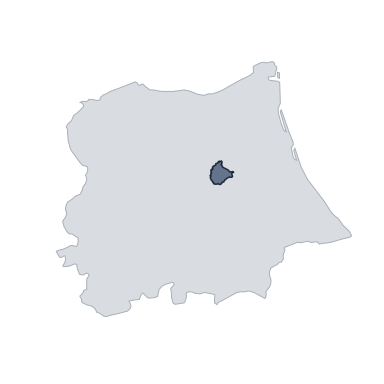 District Autonome De Yamoussoukro, Lacs, Ivory Coast shown in context, rotated 257°
{"feature_id": "98640826B30232425959699", "entity_name": "District Autonome De Yamoussoukro", "entity_type": "district", "adm_level": 2, "iso_a3": "CIV", "parent_name": "Ivory Coast", "parent_adm1": "Lacs", "projection": "natural_earth1", "projection_center": [-5.252, 6.815], "detail": "fine", "context": "in_parent", "style": "filled", "palette": "slate", "viewbox_px": 384, "rotation_deg": 257, "n_neighbors": 0, "source": "geoboundaries", "source_scale": "gbopen_adm2", "svg_char_len": 7429}
<svg xmlns="http://www.w3.org/2000/svg" viewBox="0 0 384 384"><g transform="rotate(257 192 192)"><path d="M96.4,72.0L97.5,72.0L100.6,71.0L103.3,68.6L105.9,63.8L109.3,59.9L113.2,60.2L114.4,59.5L115.8,59.3L117.4,61.9L119.0,63.8L120.2,63.9L121.0,67.6L128.1,69.1L131.2,70.1L133.7,72.8L134.6,72.9L135.7,72.3L136.5,71.4L136.7,70.4L135.6,67.9L136.1,65.7L137.3,63.8L139.1,63.7L141.8,63.1L145.0,63.1L147.4,63.5L148.3,61.5L147.4,56.0L147.7,53.0L148.0,50.5L148.9,49.4L152.4,52.6L155.6,53.8L158.0,53.9L158.6,53.3L157.6,49.8L157.9,48.7L158.7,48.1L160.2,47.8L164.4,46.3L164.8,46.6L165.5,52.1L165.2,53.9L166.0,57.7L167.1,61.1L167.0,62.5L166.2,64.7L165.1,66.7L165.2,67.5L166.9,68.8L170.0,70.2L173.2,70.5L175.0,68.5L176.9,66.9L178.2,65.4L178.7,63.2L180.7,61.6L186.6,59.6L192.0,59.3L193.3,60.0L195.8,63.0L198.9,65.1L203.6,64.8L207.0,66.1L210.0,68.4L212.0,73.6L214.1,77.3L215.1,82.6L218.5,85.4L221.2,86.7L224.8,90.6L228.6,92.5L232.5,92.1L234.3,94.1L237.2,95.5L240.2,95.7L242.7,91.2L246.1,89.4L254.6,85.9L258.0,84.3L261.4,83.2L269.7,82.9L277.3,84.0L281.1,84.8L283.7,84.2L286.2,86.3L288.8,90.8L290.9,92.2L293.0,93.7L294.6,97.3L296.4,100.7L297.5,102.3L299.8,105.7L301.7,105.8L303.7,104.3L304.5,103.2L304.9,105.4L304.1,109.1L304.3,111.4L305.4,112.3L304.8,115.2L302.5,120.2L302.5,123.1L304.8,124.0L306.4,127.2L307.4,132.5L308.3,134.3L308.4,135.4L310.1,148.4L312.1,161.4L310.8,163.1L309.1,163.6L307.9,164.2L307.6,165.4L308.4,167.2L307.9,168.8L305.7,169.9L300.9,174.0L300.6,175.7L299.4,179.2L298.3,181.3L296.8,185.3L294.3,195.8L293.4,204.6L293.3,207.3L292.3,209.1L291.2,211.8L286.1,219.3L283.4,225.4L283.8,228.1L283.9,230.8L283.1,232.7L283.3,237.9L283.9,242.2L284.9,246.4L288.6,258.4L290.6,265.7L291.8,271.6L292.9,275.5L293.9,277.1L294.3,278.7L299.8,279.7L300.9,280.6L302.5,288.3L302.2,291.7L301.1,293.0L301.1,296.0L300.9,299.6L300.1,301.0L297.0,301.2L294.9,302.6L292.1,302.1L291.8,301.2L290.3,300.8L286.2,298.8L286.8,292.1L284.9,291.8L283.4,292.7L280.5,300.7L279.1,302.1L258.5,298.0L254.0,294.6L248.6,293.9L239.3,294.3L231.6,295.2L229.4,297.3L248.8,296.1L250.9,296.3L251.9,297.5L227.3,300.2L217.9,301.7L215.1,301.3L213.0,298.7L202.8,298.4L200.7,299.3L199.4,301.1L203.5,300.7L209.8,300.6L211.5,302.1L191.7,303.9L177.9,307.5L172.1,310.2L152.9,318.9L141.1,323.0L138.1,324.6L132.7,328.8L125.9,331.5L118.2,336.5L113.5,337.7L112.5,336.1L112.4,327.6L111.7,316.2L112.0,311.8L112.6,307.7L112.6,304.3L114.9,303.1L115.6,301.6L115.9,297.2L118.1,293.2L118.1,286.2L118.8,284.7L119.3,282.9L118.4,278.3L117.2,269.6L116.6,269.0L116.0,269.4L114.8,269.6L110.0,266.6L106.3,266.0L103.7,263.5L103.5,260.6L102.2,258.8L101.4,255.5L100.1,251.6L96.4,249.3L93.0,248.7L90.5,249.2L87.6,249.0L84.4,247.8L82.1,246.3L79.9,243.5L78.0,241.2L76.4,241.5L74.4,240.9L72.5,239.9L71.9,239.1L79.9,230.1L82.6,225.7L82.9,223.0L82.9,220.3L83.8,217.5L84.0,213.2L79.7,197.8L78.5,193.0L77.4,191.6L76.6,191.1L78.8,189.1L81.9,189.6L86.6,191.2L87.7,189.6L91.2,181.9L91.1,179.0L90.8,177.0L92.9,171.6L94.6,169.6L95.4,167.3L95.2,164.3L93.9,163.2L92.2,163.4L90.3,162.6L87.3,160.9L85.7,159.3L86.2,152.3L86.5,150.1L87.6,148.8L89.2,148.5L93.9,148.3L97.7,149.1L101.0,149.5L102.8,149.5L104.2,151.6L106.1,153.8L107.8,153.7L108.4,152.1L108.0,145.2L106.9,141.5L104.4,138.0L97.8,134.9L97.6,130.7L98.3,126.1L99.7,124.4L104.6,121.5L103.8,119.9L102.2,118.3L99.1,116.6L99.8,111.1L100.0,106.2L97.4,106.7L94.7,107.0L92.4,105.5L90.5,102.5L90.2,94.3L90.2,84.9L89.9,80.7L90.6,78.4L92.9,76.4L95.5,73.7L96.4,72.0ZM289.4,302.2L288.3,304.0L283.1,302.8L284.3,301.3L289.4,302.2Z" fill="#d9dde1" stroke="#a8b0b8" stroke-width="1"/><path d="M214.9,228.0L215.1,227.9L214.9,227.8L214.8,227.7L214.7,227.6L214.8,227.5L215.1,227.5L215.3,227.3L215.2,227.1L215.3,226.9L215.4,226.7L215.5,226.6L215.4,226.4L215.5,226.4L215.6,226.2L215.4,225.9L215.5,225.8L215.6,225.7L215.4,225.6L215.4,225.3L215.7,225.1L215.7,224.8L215.3,224.9L215.2,224.8L214.9,224.7L215.0,224.4L215.0,224.2L214.9,224.1L214.7,224.0L214.7,223.9L214.6,223.7L214.6,223.4L214.5,223.2L214.4,223.1L214.3,222.7L214.3,222.4L214.3,222.2L214.3,221.8L214.3,221.7L214.2,221.6L213.9,221.6L213.7,221.6L213.6,221.4L213.4,221.2L213.2,221.1L212.9,221.1L212.8,220.9L212.8,220.7L212.8,220.4L212.7,220.3L212.7,220.2L212.6,219.9L212.6,219.7L212.6,219.4L212.4,219.2L212.3,218.9L212.3,218.6L212.2,218.6L212.1,218.3L212.0,218.2L211.9,218.1L211.8,217.9L211.7,217.7L211.4,217.7L211.2,217.7L210.9,217.6L210.7,217.7L210.6,217.4L210.5,217.5L210.4,217.5L210.2,217.4L210.2,217.2L209.9,216.9L209.7,217.0L209.6,216.9L209.5,216.7L209.3,216.8L209.3,216.7L209.2,216.6L209.1,216.4L209.1,216.2L209.0,215.9L208.9,215.9L208.9,215.7L209.0,215.6L209.1,215.4L208.8,215.3L208.7,215.4L208.4,215.2L208.2,215.3L208.1,215.2L207.9,215.2L207.9,215.3L207.6,215.3L207.4,215.3L207.2,215.3L207.0,215.2L206.8,215.3L206.7,215.2L206.4,215.0L206.4,214.9L206.1,215.0L205.7,215.0L205.5,214.9L205.4,214.8L205.4,214.7L205.2,214.6L205.1,214.3L205.0,214.2L204.8,214.1L204.7,214.0L204.2,213.9L204.0,214.0L203.8,214.0L203.6,214.0L203.4,214.0L203.4,213.9L203.3,214.0L203.2,213.9L202.9,213.8L202.8,213.6L202.7,213.4L202.3,213.3L202.2,213.2L201.8,213.1L201.6,213.0L200.9,213.2L200.7,213.3L200.1,213.3L199.9,213.4L199.7,213.3L199.1,213.5L198.9,213.6L198.7,213.7L198.6,213.8L198.1,214.2L197.9,214.3L197.7,214.4L197.4,214.5L197.1,214.5L196.9,214.6L196.7,214.7L196.6,214.8L196.5,215.0L196.3,215.0L196.2,215.0L196.2,214.9L195.8,215.2L195.7,215.2L195.4,215.0L195.2,215.2L194.9,215.3L194.9,215.6L194.7,215.8L194.7,216.1L194.5,216.3L194.4,216.5L194.3,216.8L194.2,216.9L194.2,217.2L194.2,217.4L194.2,217.6L194.1,217.8L194.1,218.0L194.0,218.5L194.1,218.9L194.1,219.0L194.0,219.5L194.0,219.9L193.8,220.0L193.5,220.1L193.4,220.2L193.3,220.4L193.2,220.4L193.1,220.5L193.0,220.8L193.0,221.1L193.1,221.3L193.2,221.5L193.2,221.8L193.2,222.0L193.3,222.1L193.4,222.3L193.5,222.6L193.7,222.9L193.8,222.9L194.0,223.1L194.3,223.1L194.6,223.3L194.6,223.5L194.7,224.1L194.7,224.4L194.7,224.6L194.6,225.1L194.7,225.3L194.8,225.4L195.0,225.5L195.4,225.7L195.6,225.9L196.1,226.4L196.4,226.8L196.5,226.9L196.5,227.1L196.5,227.7L196.8,228.0L197.0,228.3L197.2,228.5L197.3,228.6L197.3,228.8L197.6,229.5L197.8,229.9L197.9,230.2L197.9,230.4L197.9,231.0L198.1,231.7L198.2,231.8L198.2,232.0L197.9,232.4L197.8,232.7L197.7,232.7L197.5,233.4L197.5,234.0L197.6,234.3L197.7,234.6L197.8,234.7L197.8,234.8L198.0,234.9L198.1,235.0L198.4,235.0L198.7,235.0L198.8,234.9L199.1,234.9L199.7,234.8L199.9,234.8L200.1,234.9L200.6,234.9L200.7,235.0L201.4,235.2L201.5,235.2L201.7,235.4L201.9,235.5L202.1,235.9L202.1,236.1L202.1,236.3L201.9,236.3L201.7,236.6L201.7,236.8L201.8,236.9L201.9,237.0L202.0,237.0L202.2,236.9L202.3,236.8L202.5,236.7L202.7,236.3L202.8,236.1L202.8,235.9L202.7,235.9L202.7,235.7L202.8,235.4L202.8,235.2L202.7,234.9L202.7,234.7L202.7,234.3L202.8,234.2L203.0,234.0L203.0,233.9L203.1,233.7L203.2,233.3L203.2,233.2L203.3,233.1L203.6,233.0L203.8,232.9L204.3,232.8L204.5,232.6L204.9,232.5L205.1,232.3L205.4,232.0L205.5,231.9L205.8,231.6L206.0,231.4L206.2,231.2L206.3,231.1L206.5,230.9L206.7,230.5L206.8,230.4L207.3,229.9L207.4,229.7L207.7,229.3L207.9,229.1L208.0,229.0L208.3,228.6L208.4,228.4L208.6,228.2L208.9,228.0L209.1,227.8L209.3,227.6L209.5,227.5L209.6,227.4L209.8,227.3L210.1,227.3L210.4,227.3L210.8,227.2L211.1,227.1L211.3,227.0L212.1,226.4L212.2,226.6L212.2,226.8L212.3,226.9L212.4,227.2L212.6,227.3L212.8,227.4L212.9,227.5L213.1,227.4L213.3,227.5L213.6,227.6L213.9,227.8L214.3,227.8L214.5,227.9L214.9,228.0Z" fill="#64748b" stroke="#1e293b" stroke-width="1.5"/></g></svg>